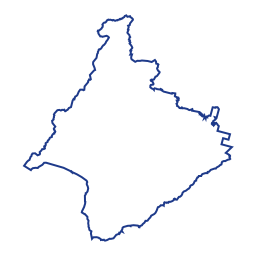 South Wairarapa District, Wellington, New Zealand
{"feature_id": "76426892B24718175617028", "entity_name": "South Wairarapa District", "entity_type": "district", "adm_level": 2, "iso_a3": "NZL", "parent_name": "New Zealand", "parent_adm1": "Wellington", "projection": "orthographic", "projection_center": [175.354, -41.267], "detail": "fine", "context": "isolated", "style": "outline", "palette": "blue", "viewbox_px": 256, "rotation_deg": 0, "n_neighbors": 0, "source": "geoboundaries", "source_scale": "gbopen_adm2", "svg_char_len": 5783}
<svg xmlns="http://www.w3.org/2000/svg" viewBox="0 0 256 256"><path d="M102.4,24.6L102.8,25.5L102.6,27.0L101.9,27.7L101.6,28.5L99.2,30.4L97.9,30.6L97.7,31.5L98.3,32.0L98.4,33.5L100.3,36.4L101.7,36.4L102.4,36.8L106.6,35.8L108.4,36.8L108.9,37.6L107.2,40.4L106.2,41.5L105.6,43.0L104.1,44.9L103.4,45.2L102.3,46.5L101.2,48.4L100.0,49.3L99.3,49.2L98.7,49.7L98.6,50.6L97.9,51.8L97.9,53.0L97.2,54.0L96.5,57.9L93.3,61.8L93.1,62.7L93.1,64.3L94.5,67.7L95.1,70.0L94.0,70.5L89.9,75.0L90.8,79.3L90.2,79.8L89.0,79.5L88.5,80.8L88.1,81.1L88.1,82.2L84.6,86.4L84.3,89.8L83.4,90.2L82.6,89.7L80.2,89.7L78.8,91.6L77.3,95.1L76.4,96.0L75.2,96.6L74.4,99.3L73.6,98.9L72.6,100.7L71.0,107.1L68.9,108.0L67.6,109.8L66.7,110.2L65.5,111.2L65.1,111.2L64.3,109.7L63.3,110.0L62.1,109.8L60.9,110.5L59.4,109.9L57.4,110.2L54.5,113.4L53.9,114.6L54.4,115.3L53.9,116.3L54.0,117.3L53.5,118.4L53.6,119.5L52.1,120.8L52.5,123.1L55.3,126.6L53.8,128.7L54.0,129.7L54.5,130.0L55.3,131.6L55.0,132.3L54.2,132.6L54.3,133.6L52.8,134.2L51.8,135.9L51.9,136.9L50.0,137.7L49.5,138.4L49.2,139.4L47.8,140.6L47.6,141.9L45.7,143.1L45.6,143.8L45.8,144.9L45.4,145.3L45.2,146.1L44.4,146.1L44.1,146.9L44.9,148.1L44.9,148.5L43.8,149.1L42.2,149.1L41.4,150.5L39.7,152.1L40.0,153.8L39.6,154.5L37.6,155.3L35.1,153.3L32.5,153.5L31.6,154.9L31.5,156.0L30.5,157.0L29.5,159.9L28.4,160.5L27.0,161.8L24.1,165.8L30.9,170.1L31.4,169.3L32.8,168.2L35.5,167.8L37.8,168.0L38.6,167.0L42.4,164.8L44.1,162.8L46.0,162.7L63.6,167.8L70.1,170.9L71.1,171.7L70.7,170.6L72.2,172.1L76.9,174.3L81.7,177.1L86.4,180.5L87.1,181.5L87.2,182.4L86.8,183.0L86.8,184.5L87.7,186.3L88.2,188.4L87.5,191.5L86.5,192.8L85.7,193.2L85.8,194.3L84.9,195.6L85.0,201.5L85.1,202.1L85.3,202.1L85.1,203.7L84.1,207.0L82.0,211.3L81.8,212.4L84.5,214.1L84.8,214.0L87.4,216.8L87.4,219.0L88.5,220.6L88.2,223.3L88.6,225.5L88.5,226.8L89.1,227.8L89.2,229.1L89.6,230.2L91.4,231.3L90.9,233.4L92.0,238.8L93.3,237.3L96.7,237.2L98.9,237.8L99.2,238.3L100.1,238.6L101.0,239.4L101.0,240.0L102.2,239.8L102.8,240.1L103.9,239.7L104.6,240.5L105.2,240.6L107.0,240.1L109.7,238.7L110.8,238.9L113.5,238.3L116.3,234.8L119.1,233.8L118.9,233.4L119.0,233.2L119.4,233.7L120.9,231.4L121.3,231.2L122.3,231.7L121.6,230.5L122.3,229.3L122.6,227.7L123.5,227.0L127.8,225.8L129.6,225.7L130.7,226.2L131.0,225.5L133.6,225.2L137.8,225.6L138.3,225.8L138.9,227.2L139.5,227.3L139.9,226.1L141.9,225.3L142.7,224.1L144.5,222.6L145.5,220.8L146.7,220.9L147.6,220.6L148.9,218.8L150.3,217.4L151.2,215.7L154.3,214.0L155.5,212.8L156.7,210.5L157.9,207.2L159.2,206.8L160.9,205.2L161.9,205.4L162.9,205.1L163.7,205.6L163.7,205.0L164.1,204.0L164.1,202.9L164.5,202.3L165.6,202.6L166.5,202.5L166.9,202.9L168.2,202.2L168.5,202.5L169.0,201.8L170.5,201.8L172.5,201.0L173.8,200.0L173.9,199.0L174.6,198.6L175.1,198.8L175.5,199.5L176.9,199.7L178.9,196.9L179.9,196.8L181.4,195.6L182.2,194.2L182.5,192.9L183.8,191.5L185.9,190.7L187.9,189.1L188.9,188.6L190.1,187.0L190.2,186.0L191.0,185.3L192.5,184.8L193.7,183.5L194.7,181.2L196.2,180.6L196.2,179.6L197.4,177.4L198.1,177.3L198.8,176.0L201.2,176.0L202.0,174.4L202.6,174.0L205.4,173.1L207.5,173.1L207.7,171.9L209.1,171.7L210.7,169.9L214.7,168.5L215.8,168.6L216.6,167.5L219.1,166.1L219.9,165.2L221.4,164.5L221.7,163.6L221.6,163.1L222.2,161.7L224.0,161.0L225.2,161.1L227.6,159.8L229.7,159.3L230.2,158.9L229.5,157.5L230.0,156.8L229.7,156.3L229.9,155.7L229.2,155.6L229.2,154.8L225.8,152.9L231.9,147.1L221.5,144.3L223.1,138.2L228.5,139.7L230.0,134.2L217.5,130.9L218.8,126.1L217.7,125.0L217.3,124.1L216.5,123.5L216.3,123.0L215.5,123.4L214.9,122.8L214.5,122.9L213.9,123.6L214.9,124.2L213.7,125.5L213.4,124.9L212.7,124.9L211.8,123.9L212.0,122.9L213.1,122.0L213.2,121.1L215.3,119.6L216.0,118.7L215.9,117.8L215.0,117.7L214.8,117.2L216.6,117.7L218.9,109.2L217.8,107.5L217.4,107.2L216.7,107.4L216.0,107.1L215.1,107.8L214.7,107.5L212.7,107.3L210.4,115.8L209.0,115.5L208.0,116.2L207.1,116.4L207.2,117.3L205.9,116.9L205.7,118.3L205.3,117.3L204.3,118.2L204.6,117.3L204.3,115.5L203.8,116.2L203.2,115.6L203.0,116.4L202.4,116.4L201.4,115.5L202.1,115.2L202.3,114.4L201.6,114.1L200.1,114.2L200.6,113.3L199.7,113.1L200.1,112.6L199.6,112.1L192.2,110.7L192.5,109.8L192.3,109.1L189.8,110.1L188.6,109.8L187.5,109.0L184.1,108.2L182.5,108.3L181.9,107.4L181.6,107.4L181.0,108.2L179.5,108.0L178.2,106.4L176.3,105.6L176.7,105.6L177.1,104.9L176.5,103.8L177.0,103.4L177.4,102.2L176.9,100.9L177.5,101.0L177.4,100.4L178.6,100.1L178.6,99.1L178.8,98.7L178.6,98.2L178.0,98.6L177.6,98.3L178.1,97.9L178.0,97.5L177.4,97.4L177.0,97.8L176.7,97.1L175.0,96.4L174.8,96.1L175.3,94.2L175.3,93.4L172.2,93.0L171.9,93.7L163.7,91.6L161.6,90.3L162.0,89.7L160.6,88.9L159.9,89.5L156.9,89.1L156.6,88.8L154.6,88.3L154.0,88.9L153.9,89.8L153.3,89.1L151.6,88.4L150.3,87.3L150.4,85.5L150.9,84.9L153.1,84.6L153.4,84.3L153.5,83.7L152.5,81.6L151.1,81.0L150.7,80.2L151.4,79.6L153.1,79.7L154.0,79.4L155.5,76.6L156.2,76.5L157.1,75.9L159.6,72.5L159.5,71.8L158.1,70.7L157.1,68.7L157.2,68.0L157.9,67.0L157.9,65.8L158.4,64.5L157.8,64.0L156.2,63.6L156.0,61.5L154.9,60.0L151.7,62.0L147.7,61.0L141.9,60.5L140.0,60.9L137.3,60.8L135.2,61.8L131.6,59.3L131.2,58.2L131.2,56.9L132.0,54.5L130.3,54.6L130.9,53.4L130.7,52.0L131.1,51.1L130.4,51.1L130.2,50.5L132.2,48.1L132.3,47.5L131.2,45.4L129.6,43.6L130.4,42.5L130.2,42.0L129.4,41.5L129.9,40.4L128.9,39.7L129.3,39.0L129.3,38.2L130.2,37.1L129.5,35.9L129.4,35.1L127.6,33.1L127.4,32.5L128.5,29.9L127.9,29.6L128.7,27.0L128.1,25.7L129.7,25.1L130.1,23.3L132.9,19.8L132.9,19.2L131.5,17.7L130.4,17.2L130.0,16.2L127.4,16.8L126.3,15.4L124.8,16.0L124.2,17.1L122.5,18.0L122.5,18.4L120.9,19.1L120.7,18.8L119.9,18.9L119.6,19.5L117.9,19.9L117.6,20.3L117.1,20.1L115.1,20.8L113.5,20.0L112.7,20.4L112.4,20.1L112.0,20.2L110.3,19.7L108.8,19.9L108.3,19.6L106.8,20.5L106.4,21.5L105.4,22.5L104.4,22.5L103.4,23.2L102.4,24.6Z" fill="none" stroke="#1e3a8a" stroke-width="2"/></svg>